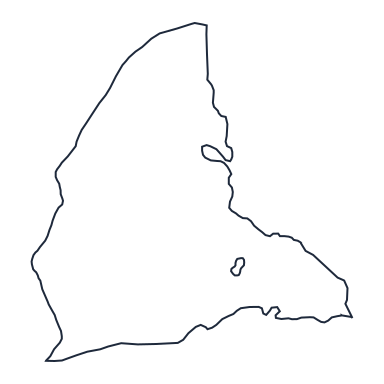 outline of Åre, Jämtland, Sweden
{"feature_id": "70781695B29171482831525", "entity_name": "Åre", "entity_type": "district", "adm_level": 2, "iso_a3": "SWE", "parent_name": "Sweden", "parent_adm1": "Jämtland", "projection": "albers", "projection_center": [13.184, 63.496], "detail": "fine", "context": "isolated", "style": "outline", "palette": "slate", "viewbox_px": 384, "rotation_deg": 0, "n_neighbors": 0, "source": "geoboundaries", "source_scale": "gbopen_adm2", "svg_char_len": 2815}
<svg xmlns="http://www.w3.org/2000/svg" viewBox="0 0 384 384"><path d="M251.0,221.2L247.3,218.4L242.8,218.1L238.5,215.6L236.0,213.4L231.8,210.9L229.2,207.8L230.0,201.6L232.3,196.5L232.8,192.0L231.9,187.5L228.8,183.9L228.8,177.7L231.3,174.1L229.6,170.4L227.3,166.5L224.0,162.9L220.6,161.2L217.2,161.0L210.8,160.4L205.2,157.6L203.0,154.8L202.1,150.7L202.1,146.7L206.6,145.1L210.2,146.2L216.4,149.2L219.7,152.9L223.1,156.8L225.6,160.1L230.1,161.2L231.2,159.5L232.3,156.7L232.3,152.0L231.2,148.1L227.0,146.1L225.6,141.7L226.7,136.1L227.4,124.1L225.7,116.9L221.3,116.0L218.8,113.3L217.9,110.8L214.0,106.9L212.9,102.7L213.2,99.1L213.7,92.7L213.7,90.2L212.0,85.8L211.2,84.4L207.3,79.7L207.8,73.9L207.0,54.3L206.4,34.2L206.7,25.4L202.2,24.4L194.7,23.0L191.5,23.9L177.1,28.5L159.7,33.4L151.3,38.7L142.2,47.0L135.5,51.6L128.9,57.5L126.0,61.1L122.5,65.0L115.9,76.3L110.1,87.9L105.7,95.1L99.4,103.0L92.0,114.3L85.9,123.7L81.7,129.9L79.1,135.5L76.6,141.6L75.7,146.2L67.8,156.4L61.8,162.7L59.8,165.8L57.1,169.3L55.7,172.0L55.7,176.9L57.1,180.2L59.2,183.7L59.8,187.0L60.6,190.2L60.7,194.2L62.4,198.7L63.0,200.8L62.2,204.5L58.6,207.6L55.3,213.5L52.6,220.7L51.4,225.2L49.5,229.9L47.6,235.9L45.2,240.7L40.0,247.0L37.4,250.8L35.4,252.5L33.5,255.1L32.2,259.0L31.6,261.5L31.9,264.3L33.2,269.3L34.7,271.0L36.2,272.3L37.8,275.4L38.6,278.3L40.3,280.6L42.3,289.3L47.7,301.7L48.7,304.4L52.1,310.5L54.7,315.0L56.2,319.8L59.1,326.9L61.0,331.0L61.8,336.2L61.8,338.8L59.8,342.7L54.1,349.2L50.3,356.2L46.1,360.6L46.0,360.8L54.5,361.0L62.0,360.5L68.0,358.3L76.4,355.3L87.3,351.7L100.2,349.3L108.2,346.5L121.2,343.2L137.7,344.4L156.0,344.0L177.8,342.9L183.2,339.8L188.4,333.2L195.8,326.9L200.7,324.9L205.8,327.2L207.5,329.2L212.1,327.7L216.3,324.9L222.3,319.1L228.6,316.0L233.4,314.0L236.8,310.8L240.8,308.2L241.6,308.1L249.6,307.0L258.7,306.9L261.9,308.3L263.3,313.5L266.2,314.9L269.9,310.6L271.6,307.7L277.2,307.1L279.8,311.3L275.6,315.3L275.9,317.9L281.4,319.0L288.5,318.3L291.9,319.2L297.0,319.1L301.3,317.6L309.9,317.2L313.6,317.4L317.6,319.9L321.1,321.9L324.5,322.4L328.2,320.6L331.8,317.4L337.2,316.2L341.5,315.5L341.5,315.2L341.8,315.4L351.6,317.0L352.4,318.0L345.4,303.8L347.0,299.9L347.5,288.1L344.2,280.6L343.5,280.2L337.6,277.6L313.1,254.9L305.6,250.9L301.0,243.4L301.1,243.0L301.0,242.9L300.6,242.4L297.7,240.7L293.8,239.9L291.8,237.7L288.6,236.6L284.1,236.1L279.9,236.1L278.2,233.6L273.1,233.7L270.0,236.2L265.5,235.1L262.1,232.1L258.4,229.3L254.1,225.7L252.4,223.2L251.0,221.2ZM233.0,273.8L231.1,271.2L231.4,269.0L232.4,268.0L234.7,266.5L235.5,265.3L235.5,263.0L236.1,260.8L237.3,258.9L241.2,258.1L241.3,258.1L242.8,258.2L244.0,259.9L244.2,262.6L243.9,265.3L242.0,267.3L241.0,268.4L240.4,269.8L240.2,271.6L239.7,273.4L238.7,275.1L237.2,275.4L234.8,275.4L234.2,274.9L233.0,273.8Z" fill="none" stroke="#1e293b" stroke-width="2"/></svg>